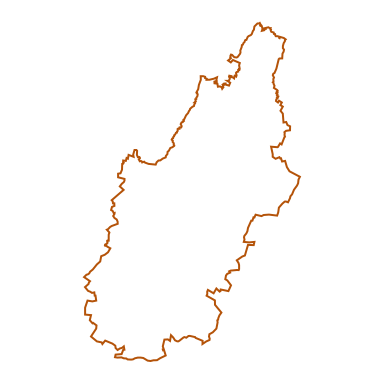 San Andres De Sotavento, Córdoba, Colombia (orthographic projection)
{"feature_id": "7082276B77383139939829", "entity_name": "San Andres De Sotavento", "entity_type": "district", "adm_level": 2, "iso_a3": "COL", "parent_name": "Colombia", "parent_adm1": "Córdoba", "projection": "orthographic", "projection_center": [-75.512, 9.134], "detail": "fine", "context": "isolated", "style": "outline", "palette": "amber", "viewbox_px": 384, "rotation_deg": 0, "n_neighbors": 0, "source": "geoboundaries", "source_scale": "gbopen_adm2", "svg_char_len": 5927}
<svg xmlns="http://www.w3.org/2000/svg" viewBox="0 0 384 384"><path d="M96.2,328.6L91.0,336.5L96.9,341.4L101.7,342.4L102.4,344.0L105.2,340.6L112.4,343.6L115.3,345.7L115.6,348.0L117.6,350.0L119.8,348.5L122.0,347.9L123.8,346.4L124.4,349.7L123.2,349.9L121.6,354.1L115.6,354.6L115.0,357.2L117.4,357.6L121.5,357.4L123.7,358.3L126.4,358.5L127.5,359.4L131.1,359.6L132.9,359.4L134.9,358.3L137.8,357.6L140.7,357.6L143.3,358.0L147.6,360.6L150.5,361.0L153.4,360.3L157.0,360.2L160.1,358.2L165.7,355.5L164.0,350.0L163.1,350.3L162.8,349.4L163.7,349.1L162.8,346.4L164.0,341.3L164.4,339.6L167.9,339.4L170.0,340.9L171.0,335.2L173.2,337.5L175.0,340.3L177.1,341.3L178.2,341.4L179.3,340.8L183.6,337.4L184.5,337.1L186.3,337.7L188.5,336.0L189.8,335.9L195.1,337.1L195.6,337.9L202.6,340.8L202.5,344.0L206.3,341.4L209.5,340.0L209.7,338.7L209.0,336.5L209.4,334.2L212.8,332.3L216.4,328.6L217.6,322.4L217.3,320.3L218.1,319.7L218.3,318.2L219.4,315.4L221.4,312.6L215.0,304.8L214.9,300.4L206.6,295.7L207.3,294.0L207.2,291.7L207.9,289.9L213.6,293.3L216.4,288.5L219.6,291.6L220.5,291.0L220.7,289.5L228.4,291.1L231.0,285.3L227.3,280.4L225.3,279.2L226.0,275.5L227.2,273.9L230.1,272.6L229.2,271.3L230.7,270.6L237.0,270.0L238.7,270.1L239.1,269.1L239.1,265.0L238.5,262.9L236.8,260.3L242.3,256.5L244.9,255.5L248.0,244.9L253.7,245.1L254.4,241.9L249.2,242.4L243.8,241.9L244.5,239.6L244.0,237.2L244.4,235.8L246.3,233.5L247.4,231.2L248.0,227.9L251.2,220.7L252.4,220.7L253.5,217.3L254.4,217.5L255.6,214.7L261.5,216.1L263.7,215.0L269.0,214.6L277.1,215.6L278.2,212.5L278.9,207.6L282.4,203.6L284.7,201.6L285.9,201.5L288.0,202.3L290.0,198.2L290.4,196.3L292.1,194.3L294.0,189.7L297.0,185.6L298.1,183.3L298.5,179.6L299.9,176.8L289.5,171.3L286.9,167.1L285.1,160.9L282.1,161.5L281.0,158.3L280.3,158.5L279.4,157.2L275.6,158.8L272.7,156.8L272.7,154.2L271.1,146.7L277.4,147.2L277.9,147.0L280.1,143.4L281.6,144.4L284.4,137.2L285.0,136.7L284.5,135.0L284.7,133.4L284.4,132.2L286.1,130.8L290.0,130.3L290.1,126.3L287.5,125.1L286.2,122.0L283.5,122.5L282.8,113.6L280.5,110.8L282.8,106.6L280.4,105.1L281.8,102.5L279.0,100.7L278.0,102.5L276.0,101.0L276.3,99.4L277.7,97.9L277.1,97.5L278.2,96.3L277.0,95.6L277.5,94.7L276.3,93.5L277.0,92.6L278.4,92.5L276.7,91.9L277.6,90.6L277.0,89.9L273.9,87.9L274.5,85.7L273.7,84.2L273.6,83.1L272.8,82.3L273.5,81.5L273.3,79.0L274.0,77.6L272.8,75.2L273.3,73.7L274.5,73.0L276.4,68.6L278.7,59.2L279.4,58.5L282.2,58.4L282.5,53.6L283.6,51.7L284.0,49.6L282.9,48.2L282.9,46.0L283.7,43.1L284.9,41.2L284.9,40.2L285.7,39.4L283.8,38.0L280.1,36.9L279.6,38.2L279.2,38.0L279.0,36.7L277.7,36.2L275.8,36.2L275.3,35.5L275.1,34.1L273.9,33.9L273.7,32.5L271.3,31.8L270.7,30.5L271.0,29.6L270.3,29.0L270.6,28.1L269.7,28.1L268.4,27.3L263.4,28.5L262.9,28.3L263.3,29.0L265.6,28.4L265.7,28.9L264.6,29.0L264.3,30.2L261.9,30.8L262.5,28.9L261.7,25.8L261.1,25.1L260.4,25.8L260.1,25.6L260.2,23.8L259.8,23.0L259.3,23.4L257.4,23.5L254.4,26.5L253.9,29.7L252.9,31.0L251.8,34.0L250.8,35.1L248.6,36.1L247.7,36.9L246.4,39.9L245.4,40.0L245.0,40.5L244.5,42.1L243.5,43.0L242.9,44.6L241.9,45.1L241.7,47.0L240.3,50.6L240.5,52.3L240.1,53.7L237.7,56.9L236.7,57.5L234.3,57.2L232.1,54.9L231.0,54.6L230.4,55.9L230.6,56.4L230.2,57.3L230.9,58.2L228.1,60.5L230.8,62.4L232.9,60.0L239.8,63.0L239.1,65.3L239.7,68.7L239.6,69.2L239.0,69.1L239.1,70.0L238.2,70.0L238.2,71.6L236.6,72.1L236.0,72.9L236.6,75.4L236.2,76.5L235.2,75.6L234.7,75.6L234.1,78.4L232.7,77.3L231.2,77.1L231.4,76.1L229.3,75.7L229.0,76.7L229.8,78.2L229.6,79.3L228.6,80.9L227.4,80.9L230.2,82.7L229.0,85.6L225.6,84.6L225.6,83.5L223.9,83.6L223.1,84.3L223.8,84.5L224.5,84.1L224.8,84.5L222.9,85.5L222.8,86.0L223.4,87.2L222.2,88.8L221.6,87.2L219.9,86.4L217.9,86.7L217.4,83.7L214.5,83.3L214.4,81.6L215.4,81.3L216.7,82.2L216.7,80.8L216.3,80.6L217.0,77.3L213.9,78.7L209.6,79.7L206.5,79.8L206.7,78.7L205.1,78.1L205.1,76.8L203.2,76.2L200.7,76.2L200.8,79.8L198.9,84.9L198.2,89.2L196.5,92.3L197.0,92.6L196.8,93.4L197.4,93.6L197.7,94.5L197.3,96.4L196.3,97.7L196.3,99.0L195.3,99.3L195.7,101.2L194.8,102.1L195.3,102.1L194.9,102.7L195.1,103.3L194.3,104.3L194.0,106.0L192.4,106.8L190.1,108.8L189.9,109.8L188.8,111.3L188.2,112.9L186.1,115.3L184.2,119.3L183.5,119.7L183.9,120.9L182.9,121.3L183.0,121.8L182.6,122.2L181.6,122.4L180.8,123.8L180.7,124.3L181.5,125.6L181.6,126.7L180.9,127.6L179.9,127.3L179.4,127.5L179.4,128.8L178.0,128.7L177.6,129.0L177.7,130.9L176.9,131.7L176.9,132.6L175.9,132.9L175.1,134.6L174.1,135.3L174.1,136.3L173.2,137.1L173.1,138.2L172.2,138.6L171.7,139.7L172.8,140.7L172.6,141.9L173.8,143.3L173.7,144.8L174.3,145.4L174.2,145.9L172.4,147.2L170.3,148.0L168.9,150.7L167.6,151.8L167.4,154.1L165.9,155.9L165.7,157.4L162.7,158.6L160.3,160.4L158.5,160.5L156.6,162.3L155.7,164.6L148.6,163.9L145.0,162.6L144.2,161.7L142.2,162.4L142.0,161.6L141.0,161.0L139.8,161.3L138.8,159.4L139.9,158.3L139.8,157.5L139.3,157.0L137.9,157.2L136.9,154.9L137.1,150.8L136.4,150.0L134.5,150.0L133.2,154.6L133.6,156.8L128.6,154.9L127.9,158.7L126.6,158.0L125.8,160.9L123.2,160.5L123.1,162.3L123.7,162.7L123.2,163.7L122.2,163.9L122.0,169.7L120.5,173.3L118.1,173.7L118.1,177.3L124.5,178.9L124.5,180.5L123.9,182.0L121.8,183.8L119.8,186.4L123.6,189.9L111.7,200.2L112.7,201.3L113.0,203.3L114.3,203.3L114.4,205.9L112.0,206.9L111.1,210.0L112.7,211.0L113.7,213.1L114.6,212.9L114.5,213.9L113.2,216.0L114.5,218.0L116.7,219.5L117.6,221.6L117.7,223.8L111.7,226.0L110.1,227.0L107.9,229.3L106.9,229.7L109.4,232.5L108.7,234.7L108.7,240.2L108.3,240.0L108.0,240.7L107.2,240.8L107.2,241.3L107.7,241.2L107.3,243.4L105.1,244.6L104.9,245.4L105.2,245.8L106.0,245.3L107.2,246.6L110.3,248.3L108.0,252.3L104.7,254.8L101.2,256.2L100.2,261.5L96.9,264.4L92.8,269.5L90.1,271.7L89.2,273.4L87.8,274.4L86.5,274.7L84.1,277.1L90.0,281.2L88.9,282.5L88.5,284.0L85.0,287.1L88.1,290.9L90.2,291.7L92.0,292.9L94.3,292.4L94.7,295.6L95.5,295.6L96.2,300.6L92.4,301.4L87.5,300.6L85.1,307.7L85.1,314.6L91.0,315.1L89.8,320.2L92.5,323.3L93.1,322.9L96.5,325.4L96.2,328.6Z" fill="none" stroke="#b45309" stroke-width="2"/></svg>